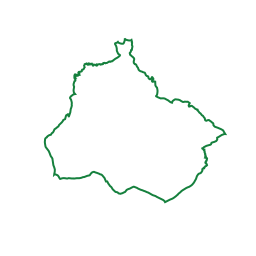 Ghinda, Semenawi Keyih Bahri, Eritrea, rotated 156°
{"feature_id": "51966322B62460220695026", "entity_name": "Ghinda", "entity_type": "district", "adm_level": 2, "iso_a3": "ERI", "parent_name": "Eritrea", "parent_adm1": "Semenawi Keyih Bahri", "projection": "orthographic", "projection_center": [39.133, 15.477], "detail": "fine", "context": "isolated", "style": "outline", "palette": "green", "viewbox_px": 256, "rotation_deg": 156, "n_neighbors": 0, "source": "geoboundaries", "source_scale": "gbopen_adm2", "svg_char_len": 5748}
<svg xmlns="http://www.w3.org/2000/svg" viewBox="0 0 256 256"><g transform="rotate(156 128 128)"><path d="M49.3,99.7L50.9,102.4L51.9,102.7L53.6,102.8L54.2,103.5L54.3,104.2L53.9,105.6L54.1,106.3L54.3,107.0L54.6,108.7L55.3,109.6L55.8,111.8L56.5,112.9L56.9,114.8L57.4,116.0L57.0,116.5L58.5,117.9L58.9,118.5L59.3,119.7L60.6,122.1L61.1,122.5L62.1,122.7L62.9,122.5L63.5,122.8L63.5,123.7L63.1,124.3L61.5,125.6L62.7,127.7L64.2,128.3L65.4,129.0L66.4,129.1L67.3,129.5L68.4,130.9L69.2,132.2L70.3,133.3L73.0,134.9L73.8,135.0L75.8,134.6L76.5,134.3L77.0,133.9L77.4,133.2L77.9,133.5L78.8,134.5L80.2,137.1L81.3,138.4L82.3,139.8L83.3,140.6L86.2,141.8L88.0,143.7L89.4,145.5L89.3,145.8L88.4,146.2L87.6,147.0L86.3,149.1L85.7,150.5L85.1,153.0L85.6,154.7L85.6,155.9L84.3,159.3L84.7,159.7L85.2,159.9L86.7,160.2L86.9,160.4L87.0,160.7L87.0,161.1L86.7,161.6L86.0,162.0L85.2,162.1L84.9,162.4L84.8,162.8L85.1,164.4L85.3,164.7L85.5,164.7L86.7,163.7L87.3,163.6L88.0,163.5L88.4,163.8L88.9,164.9L88.9,165.5L88.6,166.8L89.0,167.4L89.7,167.9L90.2,169.2L90.1,170.9L90.2,171.7L91.9,173.2L92.2,173.7L93.6,174.9L94.2,175.8L94.6,177.0L94.4,178.9L94.8,180.5L94.8,182.5L95.2,183.3L95.8,183.6L96.2,185.1L95.8,186.3L94.3,188.4L94.2,188.8L94.2,189.5L94.6,190.4L94.7,190.9L95.5,192.3L95.7,193.1L96.3,194.1L96.0,195.0L96.0,195.6L95.8,195.9L94.4,196.5L93.5,197.9L92.7,197.8L92.1,198.8L90.9,200.5L90.7,200.9L90.7,202.2L89.6,204.2L89.7,204.7L89.3,205.2L89.0,207.0L89.4,206.9L90.5,207.1L91.9,207.8L93.8,209.3L94.5,210.5L94.8,210.5L95.3,209.4L96.8,207.8L97.5,207.2L98.0,207.0L98.7,207.2L99.9,207.8L101.3,209.0L102.1,210.0L102.2,210.8L103.4,210.4L104.7,210.6L105.4,210.5L105.7,209.9L105.5,208.0L105.6,206.8L106.0,205.0L106.8,203.1L106.8,200.1L106.7,199.6L105.8,198.2L105.7,197.8L106.4,197.2L108.9,196.6L111.4,196.4L113.9,195.8L114.3,195.6L114.8,195.7L115.7,195.4L116.3,195.8L117.4,195.7L118.1,196.4L118.7,196.2L119.6,196.2L120.8,196.0L121.6,196.3L122.3,196.3L122.6,196.6L122.8,197.0L123.7,197.1L124.1,197.4L124.3,197.3L124.8,196.6L125.4,196.6L126.3,197.0L126.6,197.3L126.9,197.3L127.2,197.0L127.4,197.1L127.8,197.7L128.1,198.0L129.1,198.2L129.5,198.1L130.4,198.7L130.9,197.7L131.2,197.7L131.6,198.0L132.2,199.1L132.6,199.4L133.5,199.5L134.2,199.1L134.7,199.3L134.8,199.7L134.5,200.6L134.9,200.7L135.1,200.9L135.0,201.5L135.6,201.6L136.5,202.0L137.0,201.6L137.2,202.0L137.1,202.6L137.5,202.9L138.4,202.0L138.5,202.0L138.6,202.4L138.2,202.8L138.5,203.0L139.3,202.7L139.5,203.6L139.7,203.8L140.2,203.5L140.9,203.9L141.2,203.9L141.6,203.9L141.8,203.5L142.7,202.9L142.9,201.5L142.9,201.1L143.6,200.7L144.2,200.1L145.0,199.7L146.2,199.9L146.8,199.3L147.1,198.7L147.3,198.6L148.8,198.8L149.9,199.2L150.2,199.2L150.5,198.7L151.0,198.5L151.0,198.3L150.3,197.5L150.4,197.3L151.2,197.4L151.4,197.3L151.0,196.6L150.9,196.3L151.6,196.4L152.3,196.2L152.9,196.5L153.3,196.4L153.6,196.7L153.5,197.6L153.8,198.0L154.2,198.3L154.7,197.5L155.2,198.1L155.7,197.6L156.0,196.9L155.8,196.6L155.3,196.7L155.1,196.6L155.1,196.3L155.4,196.1L156.3,196.1L156.5,195.8L156.4,195.2L155.9,194.7L156.6,194.5L156.4,193.7L156.5,193.2L157.0,192.6L157.9,192.5L159.8,190.3L160.3,189.3L160.5,187.5L162.1,185.1L162.5,184.3L162.7,183.7L163.0,182.3L162.5,180.5L163.7,180.8L164.7,180.8L167.4,180.1L168.5,179.4L168.8,178.8L168.5,177.1L168.9,174.6L169.1,173.8L170.0,172.1L170.2,171.3L171.5,169.7L172.6,168.6L174.4,165.7L177.2,162.7L177.5,162.8L177.5,163.0L177.2,164.5L177.3,165.0L179.3,164.7L180.0,164.0L181.5,162.1L181.9,161.7L183.9,161.6L184.5,161.0L186.1,160.1L189.7,158.8L191.0,157.7L192.0,157.6L193.6,157.1L195.7,156.7L197.1,155.4L198.0,154.7L198.6,154.4L199.8,154.2L201.2,153.2L202.8,153.5L204.7,153.2L205.6,152.9L205.9,152.5L206.5,152.5L207.7,152.1L208.3,151.5L209.7,149.0L210.2,147.4L210.9,144.6L210.9,143.9L209.8,139.3L209.8,137.3L210.0,134.0L209.9,133.2L209.6,131.9L209.5,130.8L211.3,124.4L211.4,122.1L211.7,119.9L212.8,117.7L213.8,116.4L214.4,115.4L213.8,115.6L213.1,115.1L211.7,113.6L211.4,113.1L211.1,111.8L211.0,110.2L210.8,109.2L210.5,109.0L209.0,108.9L207.7,108.6L206.0,107.8L204.9,107.0L203.9,106.5L202.5,106.3L199.8,104.7L198.5,104.2L198.0,103.8L195.3,103.0L193.1,102.0L191.0,101.5L188.9,101.4L188.3,101.1L187.8,101.0L184.9,100.9L182.4,100.4L181.8,100.6L180.6,101.4L179.1,102.0L177.6,102.0L176.8,101.7L176.0,100.8L174.5,99.5L173.0,98.0L172.2,96.9L171.3,96.3L170.8,95.4L169.8,91.9L169.9,88.1L168.7,87.6L168.6,85.2L168.2,83.7L168.2,83.1L168.0,82.3L167.4,81.2L167.2,80.6L166.9,78.2L165.7,75.3L165.4,74.7L164.0,73.7L163.6,73.2L163.2,72.1L161.7,71.0L159.4,70.7L158.5,70.8L156.6,70.8L154.4,72.0L152.4,72.1L151.2,71.9L148.7,72.1L146.8,72.1L146.4,71.9L144.2,69.7L143.4,68.5L141.5,66.4L140.0,65.1L139.3,64.3L138.1,63.2L136.7,61.6L135.8,60.8L132.8,56.7L130.5,54.6L129.8,53.5L125.2,48.0L124.4,46.5L124.3,45.2L118.9,45.5L116.1,45.4L114.6,45.6L111.9,46.2L111.1,46.5L109.3,47.0L108.8,47.4L106.4,48.0L104.9,48.6L103.5,48.9L99.0,49.5L97.6,49.5L95.9,49.4L93.4,49.8L92.2,50.2L90.0,51.3L87.3,53.3L86.5,53.9L84.7,55.9L83.2,56.9L82.1,57.4L80.5,57.3L79.9,57.3L78.8,57.8L77.4,58.8L77.1,59.4L77.0,59.9L76.8,60.2L75.9,60.3L75.2,60.8L74.7,60.3L73.8,61.1L72.9,61.6L72.0,61.5L70.9,61.9L70.8,63.1L71.4,64.1L71.4,64.8L71.3,65.1L71.1,65.3L70.6,65.3L70.5,65.8L70.3,66.0L69.4,66.2L69.3,66.7L68.7,67.2L68.2,67.9L68.2,68.4L69.6,69.5L69.0,69.9L68.5,70.0L68.4,70.7L68.8,71.1L68.2,71.8L68.3,72.7L67.9,73.2L68.0,73.6L67.9,74.0L68.0,74.5L67.4,75.6L67.4,76.0L67.7,76.4L67.7,76.7L67.5,77.1L67.2,77.3L67.9,77.8L68.0,78.6L68.4,78.9L68.4,79.2L67.4,79.2L66.5,79.6L63.6,79.8L59.4,79.2L58.8,79.4L57.7,80.5L56.9,80.5L54.9,80.2L52.7,80.2L51.2,81.1L50.5,82.9L48.5,83.0L45.2,83.5L42.4,83.3L41.6,82.9L42.0,85.8L42.0,86.9L42.3,87.5L43.4,89.0L45.9,91.7L48.1,93.8L48.4,94.4L48.8,95.8L48.3,97.2L48.4,98.0L49.0,98.8L49.3,99.7Z" fill="none" stroke="#15803d" stroke-width="2"/></g></svg>